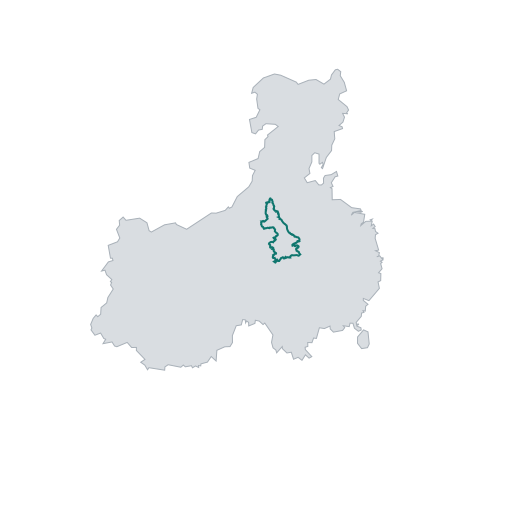 where Shaanxi sits in China, rotated 324°
{"feature_id": "CHN-1804", "entity_name": "Shaanxi", "entity_type": "Province", "adm_level": 1, "iso_a3": "CHN", "parent_name": "China", "parent_adm1": "", "projection": "equal_earth", "projection_center": [108.8, 35.643], "detail": "fine", "context": "in_parent", "style": "outline", "palette": "teal", "viewbox_px": 512, "rotation_deg": 324, "n_neighbors": 0, "source": "natural_earth", "source_scale": "10m", "svg_char_len": 9458}
<svg xmlns="http://www.w3.org/2000/svg" viewBox="0 0 512 512"><g transform="rotate(324 256 256)"><path d="M282.3,367.1L273.9,363.1L273.2,358.6L274.7,356.2L268.7,354.9L265.1,351.3L256.4,358.2L254.4,356.2L250.3,359.0L247.0,356.4L244.8,359.6L242.1,358.7L240.9,360.7L242.0,370.2L238.9,369.8L237.9,365.0L231.9,367.4L230.5,362.7L225.7,361.6L228.0,354.6L224.0,352.6L222.9,346.5L224.0,344.7L215.8,346.5L216.8,343.7L215.8,340.3L217.8,335.0L223.3,329.8L223.7,315.4L221.4,315.6L220.4,310.6L217.7,307.6L215.5,309.9L209.0,308.3L211.0,305.4L210.2,303.0L208.3,304.0L209.8,301.3L207.8,299.6L203.6,303.1L199.0,300.8L190.1,306.5L186.1,312.2L181.7,314.0L177.4,311.1L168.9,309.3L162.0,317.5L160.7,311.0L154.3,313.3L148.1,310.9L146.7,312.4L145.1,310.8L144.1,312.5L142.4,309.4L138.9,309.1L139.3,306.8L133.7,304.1L133.1,301.5L129.8,301.8L121.0,292.3L117.1,292.2L115.0,294.7L103.7,283.4L101.4,284.3L101.9,278.9L100.3,274.2L105.4,274.4L103.7,262.1L105.5,259.7L101.6,256.9L101.0,250.2L90.1,247.6L88.7,245.7L89.0,240.9L80.7,237.0L85.5,235.0L84.4,233.3L85.0,227.0L79.1,225.4L79.1,218.8L80.9,217.8L82.0,214.2L87.6,210.8L92.0,209.7L92.3,212.1L96.1,211.8L100.4,206.6L107.6,206.2L111.8,202.5L121.1,198.8L121.3,194.0L123.7,192.5L123.1,191.2L125.5,190.3L124.1,183.3L125.5,178.7L122.2,177.4L133.1,174.0L137.6,175.6L138.5,173.4L137.0,172.2L142.7,160.5L152.3,163.1L156.4,161.4L158.8,152.4L163.8,150.9L166.2,146.9L171.4,146.4L171.8,150.7L184.1,157.0L187.3,165.0L184.4,172.7L185.4,175.1L200.3,177.0L210.4,181.9L210.1,183.7L215.6,193.6L245.2,195.0L248.9,197.9L257.9,201.0L262.5,200.0L262.5,201.7L265.3,202.2L275.8,196.9L290.8,195.8L296.9,193.2L300.4,188.9L305.7,186.2L302.6,181.2L305.3,176.1L315.0,178.4L320.4,173.7L326.8,173.2L331.6,167.1L335.9,166.5L336.4,164.9L350.1,164.3L349.0,160.8L341.8,154.8L337.7,154.8L335.5,157.2L332.1,155.6L327.4,156.9L325.2,153.7L331.0,141.7L337.7,143.9L345.1,140.0L344.4,137.7L348.8,129.4L352.2,126.0L351.4,122.8L348.1,121.8L352.8,118.0L366.6,116.3L377.9,119.6L382.2,124.2L390.8,139.0L390.9,141.9L402.0,144.8L408.3,148.5L412.0,156.9L420.2,156.7L423.5,153.9L429.6,152.0L431.8,152.9L432.9,156.7L430.1,159.7L429.5,167.4L426.4,175.6L419.0,174.1L414.5,177.7L417.4,188.7L416.7,192.3L413.1,193.6L413.9,195.0L409.9,191.5L409.2,195.7L405.0,198.8L399.9,199.2L401.6,202.1L400.9,203.8L392.4,201.3L388.6,207.5L382.4,210.9L379.1,215.1L370.8,217.6L361.2,224.4L360.8,222.9L364.1,221.4L364.8,219.3L361.6,219.3L361.5,218.0L366.9,210.6L364.2,207.0L360.3,207.5L356.5,212.7L350.3,216.4L348.1,220.9L341.0,221.2L340.5,226.8L348.3,229.8L348.6,235.4L350.7,237.0L353.5,236.8L356.3,232.7L359.2,231.5L364.7,234.4L370.8,234.9L369.2,239.4L366.6,238.4L360.0,241.0L359.2,245.0L356.4,244.4L357.1,246.2L350.7,255.3L357.6,259.9L361.8,273.1L368.2,279.3L367.8,281.0L360.0,277.6L357.0,279.0L361.2,278.6L368.5,286.2L362.9,291.8L360.1,291.8L358.6,293.0L365.2,292.5L370.5,296.1L367.0,299.3L369.9,299.3L369.7,302.3L366.8,302.3L368.3,303.8L367.1,306.4L368.1,309.3L365.2,309.0L362.8,311.7L358.7,323.3L355.8,322.0L357.8,325.8L355.2,328.2L353.2,327.6L356.2,328.6L356.4,333.8L353.6,333.3L354.3,335.2L352.4,335.4L350.5,340.4L345.3,341.6L346.7,343.6L342.4,349.2L339.5,348.7L336.8,354.7L321.1,358.5L317.9,353.4L316.7,355.0L318.2,360.9L315.2,361.1L312.0,364.8L310.5,363.1L310.2,365.1L307.9,364.2L305.7,366.7L298.0,368.6L296.4,372.0L298.7,375.7L297.6,377.7L294.6,377.1L293.2,372.3L294.9,367.4L292.6,365.6L289.9,367.9L285.6,363.7L285.7,366.1L282.3,367.1ZM299.6,379.0L302.0,383.2L295.9,393.7L292.3,395.7L287.0,393.0L286.8,386.3L290.6,381.2L299.6,379.0ZM368.5,282.7L366.4,282.2L364.4,280.1L365.9,280.5L368.5,282.7ZM371.7,294.5L370.1,294.9L369.7,293.9L371.7,294.5ZM357.7,332.1L356.9,333.5L357.0,331.7L357.7,332.1ZM297.2,371.5L298.7,370.8L298.6,371.8L297.2,371.5Z" fill="#d9dde1" stroke="#a8b0b8" stroke-width="1"/><path d="M290.9,280.9L290.6,280.8L290.4,280.6L290.0,279.8L289.6,279.3L289.2,279.0L287.6,278.1L287.2,277.8L286.8,277.6L286.3,277.1L285.9,276.9L285.7,276.5L285.5,276.4L285.0,276.3L284.5,276.4L284.2,276.3L283.8,276.6L283.6,276.5L283.1,276.6L282.8,276.8L282.7,277.3L281.8,276.7L281.4,276.0L280.9,275.7L280.6,275.3L280.4,275.2L279.9,275.3L279.4,275.2L279.4,274.9L279.3,274.1L278.9,274.2L278.2,274.8L277.8,274.8L277.0,274.2L277.1,273.6L277.1,273.1L277.1,272.9L276.9,272.7L275.6,272.6L274.8,272.4L274.2,272.9L273.6,273.0L273.1,273.2L272.7,273.2L272.1,273.6L271.8,273.7L271.1,273.2L270.8,272.7L270.7,272.3L271.0,271.6L271.0,271.4L270.6,271.4L269.6,271.6L269.4,271.8L269.2,272.3L268.7,272.3L268.0,272.7L267.8,272.7L267.7,272.5L267.6,271.9L267.3,271.1L268.4,271.2L268.8,271.1L269.2,270.7L269.6,270.6L269.7,270.4L269.9,270.1L269.8,269.0L270.0,268.5L269.8,268.4L269.5,268.3L268.9,267.9L268.7,267.7L268.7,267.3L268.8,267.0L269.1,267.0L269.2,266.9L269.4,266.3L270.2,265.8L270.4,265.6L270.4,265.3L271.0,265.3L271.2,265.6L271.5,265.7L272.3,265.3L272.6,265.4L273.0,265.3L273.2,265.7L273.5,265.9L273.8,265.7L273.9,265.4L273.9,265.2L273.4,264.5L273.3,263.7L273.5,263.3L273.4,263.2L273.2,263.1L273.1,262.8L273.6,261.8L273.7,261.2L274.0,261.2L273.9,260.2L273.6,260.0L273.9,259.9L274.5,260.1L274.7,259.8L274.6,259.1L274.4,258.8L274.3,258.5L274.2,258.3L273.8,258.2L273.5,257.9L272.8,258.0L272.6,257.6L272.5,257.4L272.6,257.2L272.9,257.1L273.1,256.5L273.5,256.2L273.7,255.8L273.9,255.5L273.9,255.2L273.6,254.6L273.7,254.2L273.6,253.8L274.1,253.4L274.4,253.5L275.3,253.3L276.2,253.4L276.4,253.6L277.0,253.8L277.3,254.2L277.6,254.5L278.0,255.0L278.3,254.8L278.4,254.6L278.6,254.5L278.8,254.6L279.3,254.5L279.7,254.7L280.1,254.4L281.1,254.5L281.7,254.3L281.8,254.1L281.7,253.9L281.3,253.4L280.8,252.3L280.8,252.2L281.1,252.0L281.2,251.9L281.1,251.6L281.5,251.6L281.9,251.9L282.4,252.0L282.6,252.3L283.7,251.7L284.1,251.7L284.4,252.0L284.9,251.8L285.5,251.9L285.8,251.9L286.0,251.7L286.5,251.0L286.4,249.7L286.1,249.2L285.9,248.6L285.9,247.7L285.8,247.0L285.9,246.9L286.2,246.6L286.4,246.4L286.7,246.2L286.9,246.0L287.0,245.0L287.0,244.6L286.7,244.2L287.0,243.5L287.0,243.2L286.5,242.6L286.0,242.4L285.4,242.3L285.2,242.1L284.9,241.7L284.3,241.5L284.1,241.3L283.8,241.5L283.1,241.3L283.0,241.1L283.0,240.8L282.5,240.6L282.1,240.0L281.2,239.7L280.5,239.5L280.1,239.3L279.9,239.2L280.0,239.1L279.8,238.9L279.5,239.0L278.5,238.7L278.6,238.1L278.5,237.7L278.8,236.8L278.5,236.0L278.2,235.6L278.4,234.7L278.8,233.9L278.7,233.5L278.7,233.4L279.6,232.6L279.7,232.2L279.8,232.0L280.5,232.0L280.7,231.9L280.8,231.6L280.8,231.3L281.1,231.5L282.1,231.7L282.4,231.8L282.8,232.4L282.9,232.7L282.8,233.0L283.1,233.1L284.2,233.0L284.8,233.0L285.8,232.8L286.7,232.8L287.3,232.7L287.5,231.9L287.5,230.9L287.6,230.6L287.8,230.3L287.9,230.2L288.1,230.3L288.3,230.8L288.5,230.8L288.8,230.2L289.0,229.6L289.0,229.4L288.6,228.8L288.5,228.5L288.7,227.9L288.7,227.5L289.0,227.2L289.1,226.8L289.7,226.2L289.8,225.9L290.7,225.3L290.7,224.9L291.0,224.7L291.2,224.2L291.6,224.0L291.8,223.9L291.9,224.0L292.1,223.9L292.2,223.5L292.6,223.0L292.8,222.2L293.7,221.9L293.8,221.5L294.5,220.9L295.8,220.1L295.7,219.8L295.4,219.1L295.4,218.9L295.6,218.8L296.0,218.9L296.4,219.5L296.8,219.8L297.1,219.8L297.2,219.5L297.8,219.4L298.0,219.6L298.3,220.2L298.6,220.4L298.8,220.2L299.1,219.6L299.7,218.7L300.1,218.3L300.5,218.1L300.8,217.9L301.1,217.9L301.4,217.8L301.5,217.9L301.4,218.2L300.9,219.0L301.0,219.1L301.3,219.3L301.6,219.5L301.7,219.4L301.8,219.7L302.0,219.9L302.0,220.0L301.6,220.9L301.4,221.8L301.2,222.0L300.7,222.3L300.5,222.5L300.7,223.1L300.6,223.7L300.0,225.3L300.1,225.6L300.1,225.9L300.0,226.2L299.9,226.6L299.4,226.8L299.2,227.2L299.0,227.4L298.8,227.7L298.2,227.9L298.2,228.4L297.8,228.6L297.8,228.8L297.8,229.0L297.8,229.4L297.9,230.5L298.3,230.7L298.7,231.6L299.3,232.0L299.3,232.3L299.0,232.4L299.5,232.7L299.6,232.8L299.4,233.0L299.5,233.6L299.4,233.8L299.3,234.3L299.0,234.6L298.7,234.6L298.6,234.8L298.6,235.1L299.0,235.2L298.8,235.8L298.7,235.9L298.6,236.1L298.1,236.8L297.9,237.3L297.7,237.4L297.6,237.7L297.4,237.8L297.5,237.9L297.4,238.0L297.1,237.9L297.2,238.1L297.4,238.3L297.2,238.8L297.3,239.3L297.4,239.5L297.2,239.8L297.4,240.0L297.5,240.1L297.4,240.5L297.2,240.5L297.8,241.3L297.9,241.9L297.6,243.3L297.7,243.9L297.6,244.6L297.6,244.9L297.9,246.2L298.0,247.0L298.3,247.3L298.4,248.4L298.6,249.0L298.7,249.3L298.6,249.6L298.3,250.0L298.2,250.6L297.9,250.8L297.5,251.7L297.2,252.0L297.0,252.5L296.8,253.3L296.5,254.5L296.6,255.0L296.4,255.7L296.5,256.8L296.6,257.0L296.8,257.1L297.0,257.2L297.0,258.0L296.9,258.3L297.0,258.6L297.2,258.9L297.7,259.1L297.9,259.3L297.9,259.5L297.6,259.8L297.6,260.1L297.9,260.4L298.7,260.9L298.6,261.8L298.9,262.4L298.6,263.0L298.8,263.3L299.2,263.5L299.6,263.8L299.8,264.2L299.8,264.5L300.4,265.1L300.9,265.4L301.2,266.2L301.1,266.7L301.2,267.3L301.0,268.1L300.8,268.3L300.6,268.6L300.0,268.7L299.9,269.0L299.5,269.2L299.6,269.5L299.4,269.5L299.1,269.1L298.7,269.1L298.5,268.4L298.3,268.3L298.1,268.4L297.7,268.9L296.4,269.0L296.1,269.0L295.7,268.6L294.7,268.6L294.2,268.3L293.5,268.3L292.9,268.2L292.6,268.4L292.1,268.3L291.7,268.8L291.6,269.1L292.0,269.2L292.4,269.4L292.9,269.4L293.5,269.6L293.6,269.9L293.7,270.0L293.6,270.6L293.4,270.9L293.7,271.1L294.0,271.2L294.4,271.0L294.6,271.2L295.0,271.2L295.6,271.6L295.9,272.3L296.0,272.5L295.9,273.0L296.1,273.3L296.0,273.5L295.5,273.5L295.4,273.5L295.4,273.8L295.1,274.0L294.7,273.8L294.3,273.7L293.9,273.8L293.6,273.6L293.2,273.7L292.9,273.6L292.6,274.0L292.4,274.1L292.3,275.2L291.9,275.5L292.2,276.5L292.6,276.8L292.7,277.5L293.0,277.9L292.6,279.0L292.7,280.0L292.4,280.5L292.5,280.7L290.9,280.9Z" fill="none" stroke="#0f766e" stroke-width="2"/></g></svg>